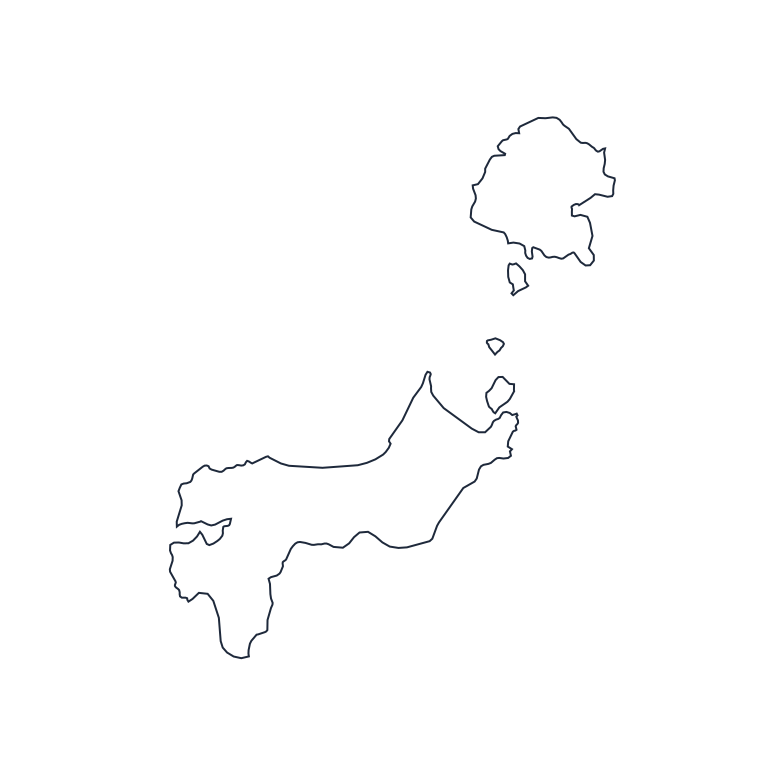 SVG path tracing the border of Bangka-Belitung, rotated 286°
{"feature_id": "IDN-1231", "entity_name": "Bangka-Belitung", "entity_type": "Province", "adm_level": 1, "iso_a3": "IDN", "parent_name": "Indonesia", "parent_adm1": "", "projection": "mercator", "projection_center": [106.711, -2.366], "detail": "fine", "context": "isolated", "style": "outline", "palette": "slate", "viewbox_px": 768, "rotation_deg": 286, "n_neighbors": 0, "source": "natural_earth", "source_scale": "10m", "svg_char_len": 5417}
<svg xmlns="http://www.w3.org/2000/svg" viewBox="0 0 768 768"><g transform="rotate(286 384 384)"><path d="M395.4,421.2L404.3,421.4L407.7,422.4L407.7,425.1L406.4,426.2L404.9,426.2L403.2,426.0L401.1,426.4L394.8,429.9L392.8,430.4L389.4,431.6L386.4,434.5L377.3,448.0L365.3,480.7L363.7,488.3L365.5,494.5L372.4,498.6L374.5,499.0L377.2,499.2L378.9,499.9L380.7,501.6L381.8,503.3L383.3,504.6L386.2,505.1L389.5,506.4L390.9,509.4L390.8,512.9L389.5,515.8L391.3,518.7L392.1,519.7L390.7,521.0L389.0,520.2L387.6,521.3L385.9,522.8L383.6,523.6L382.2,523.2L381.0,522.5L379.7,522.2L376.5,524.0L375.5,523.2L374.8,521.9L373.7,521.0L363.2,519.2L358.0,520.2L356.6,525.0L354.7,524.1L354.0,523.6L350.0,525.8L347.1,523.7L345.3,519.4L344.7,515.1L343.8,513.0L341.8,511.3L337.6,508.5L336.0,506.4L333.7,501.9L331.6,499.9L327.9,498.9L318.7,499.2L315.2,498.0L305.9,488.9L266.1,475.0L262.3,474.1L248.6,473.1L245.5,471.2L233.3,451.1L230.4,443.1L229.3,434.3L231.3,426.1L235.2,417.7L237.5,409.4L234.5,401.4L228.5,397.4L221.2,394.4L215.3,389.6L213.5,380.4L214.7,374.9L214.8,372.7L214.3,370.9L212.6,367.9L211.8,364.8L210.0,360.9L209.5,358.8L209.6,352.3L209.0,346.8L208.0,344.5L206.1,342.7L203.0,341.1L199.8,339.9L188.5,338.3L187.6,337.9L185.6,336.2L184.8,335.8L183.6,336.0L181.5,336.9L180.8,337.1L174.6,336.4L172.9,335.8L170.3,333.7L167.2,328.6L165.0,326.7L160.4,329.5L150.7,332.7L146.7,334.5L142.9,337.3L141.1,337.6L137.4,337.1L125.0,337.1L115.3,339.7L113.7,339.0L112.7,338.0L108.6,332.0L107.9,330.6L100.6,327.3L97.4,326.7L90.9,327.2L87.5,328.0L84.9,329.2L81.1,322.4L80.6,314.6L82.6,307.2L86.2,301.6L91.8,297.9L113.7,289.7L128.5,279.7L133.7,272.3L132.2,263.6L124.6,259.2L120.9,256.0L122.3,254.5L123.8,253.8L123.9,252.2L122.9,248.5L123.6,246.5L125.4,245.6L127.5,245.0L129.4,243.9L130.1,242.8L131.2,239.9L132.2,238.7L133.2,238.4L135.7,238.6L136.8,238.0L144.6,230.1L146.9,229.2L155.8,229.5L159.4,228.6L161.2,227.4L162.6,225.9L165.0,224.2L170.4,222.9L173.6,225.8L175.1,230.5L175.6,235.3L177.0,239.9L180.8,243.6L185.9,246.3L191.2,247.8L189.0,250.9L181.4,257.7L181.0,260.5L183.6,264.0L187.2,267.1L189.8,268.9L193.6,270.4L196.1,270.3L198.6,269.4L202.3,268.9L203.2,269.6L204.6,273.0L205.6,274.1L207.0,274.4L212.3,274.1L210.7,270.3L208.2,266.6L202.3,260.4L200.4,256.9L200.4,253.2L201.7,245.9L201.1,245.4L197.8,240.0L197.2,238.2L196.7,235.1L196.4,233.4L195.2,230.7L193.8,228.1L192.1,225.8L189.8,224.2L194.5,222.7L211.6,223.0L216.4,221.5L224.3,216.0L227.9,216.3L231.6,216.9L233.1,218.9L234.2,221.7L236.5,224.8L238.1,225.5L240.2,225.7L244.4,225.5L245.6,226.1L254.6,232.6L256.1,234.1L256.8,236.1L256.6,238.0L254.7,239.7L254.2,241.9L254.2,249.8L254.9,252.2L256.5,253.7L258.2,254.7L259.5,255.7L260.3,257.4L261.4,260.8L262.1,262.2L263.2,263.3L264.5,264.1L265.6,265.1L266.0,266.9L266.2,269.2L267.0,271.1L268.4,272.4L270.7,272.8L272.4,273.6L272.3,275.5L271.6,277.7L271.3,279.2L281.5,290.7L282.5,292.4L281.6,294.3L279.2,306.8L279.2,315.2L286.5,348.0L298.7,381.2L303.5,389.3L309.2,396.5L315.9,402.6L319.1,404.4L324.0,406.2L328.4,406.8L330.3,404.6L332.6,404.2L354.1,411.7L378.9,415.9L391.4,420.6L395.4,421.2ZM687.4,476.5L686.4,480.0L684.6,482.5L682.8,484.6L682.0,486.3L680.3,491.4L672.4,501.4L670.2,506.6L670.4,508.3L671.4,511.4L671.4,513.1L670.9,515.0L669.3,518.7L668.9,520.3L668.5,521.2L667.6,522.3L666.7,523.8L666.3,525.6L667.1,527.0L670.4,529.7L671.4,531.6L667.1,531.8L660.3,534.8L656.4,535.5L651.9,535.7L648.5,536.5L646.3,538.5L645.3,542.0L645.3,548.9L643.4,549.8L638.0,550.0L633.4,550.9L630.0,552.0L627.5,551.5L625.6,547.3L625.3,538.5L624.6,534.5L619.9,531.3L609.7,522.3L610.1,522.0L610.3,520.7L609.9,518.9L608.5,517.1L606.3,515.4L605.3,515.6L604.1,516.5L601.4,517.1L597.7,518.2L597.7,521.0L600.7,526.2L600.8,533.4L595.7,537.6L583.8,543.6L571.0,543.5L565.8,550.1L560.5,551.7L555.0,549.4L553.5,545.1L555.5,539.4L562.3,531.0L562.7,530.1L562.2,528.9L561.3,528.1L560.5,527.5L559.2,525.7L554.1,521.6L553.3,519.9L553.3,517.6L553.5,515.2L553.4,513.1L552.7,511.1L551.7,509.4L550.9,507.6L550.8,505.1L551.8,502.8L555.3,498.6L556.1,496.7L556.6,489.8L555.5,489.0L552.1,489.6L547.4,491.7L545.5,491.7L544.4,489.6L544.8,487.3L546.5,485.2L548.9,483.6L551.4,483.0L555.2,480.8L556.4,475.6L555.6,469.4L553.4,464.6L555.9,463.5L558.9,461.5L561.5,459.2L562.7,457.3L561.9,445.1L565.0,425.9L568.0,421.4L575.9,419.8L579.0,419.9L584.5,421.3L587.6,421.2L590.7,420.0L596.3,415.8L599.4,414.5L602.0,419.2L608.8,422.0L615.7,422.8L618.9,421.9L628.9,423.9L632.1,425.1L633.8,427.1L637.3,437.0L638.7,437.0L640.0,431.7L641.3,429.4L643.9,427.8L649.9,430.4L651.1,431.2L653.0,434.7L653.8,435.5L657.1,436.4L659.8,438.5L661.5,441.4L662.3,444.8L666.1,442.9L669.0,443.8L682.3,459.0L684.0,466.0L686.8,472.7L687.4,476.5ZM422.2,492.1L423.5,496.1L418.7,504.5L419.6,509.1L413.9,510.6L413.0,511.1L404.3,509.1L401.0,507.6L393.3,501.3L386.5,499.0L387.1,497.1L388.7,495.3L389.5,494.7L390.9,491.5L391.6,490.8L396.0,487.8L399.8,485.7L403.7,484.9L406.4,486.9L409.6,488.6L418.5,490.2L422.2,492.1ZM515.3,480.4L516.3,476.9L521.2,473.9L527.4,471.9L532.4,471.1L534.4,471.7L534.2,474.4L534.9,475.8L536.3,477.7L534.4,481.8L531.7,486.1L528.3,489.4L521.6,491.3L518.2,495.5L515.9,493.7L510.3,487.3L505.0,483.8L506.3,481.6L509.7,483.0L512.6,481.6L515.3,480.4ZM458.6,478.5L458.1,483.5L457.0,486.9L455.6,488.2L453.0,487.8L451.0,486.6L448.1,485.8L446.1,484.2L442.9,482.6L445.9,478.5L448.4,475.0L451.0,473.3L451.3,472.4L452.0,471.5L453.7,471.1L454.5,471.7L456.1,474.8L458.6,478.5Z" fill="none" stroke="#1e293b" stroke-width="2"/></g></svg>